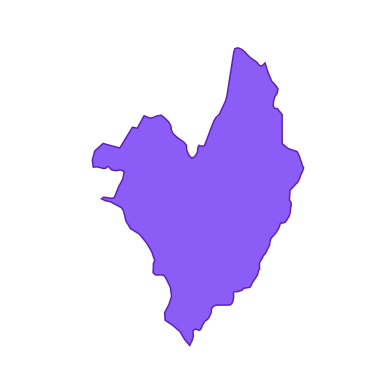 outline of Iringa, rotated 102°
{"feature_id": "TZA-3386", "entity_name": "Iringa", "entity_type": "Region", "adm_level": 1, "iso_a3": "TZA", "parent_name": "United Republic of Tanzania", "parent_adm1": "", "projection": "albers", "projection_center": [35.62, -7.961], "detail": "fine", "context": "isolated", "style": "filled", "palette": "violet", "viewbox_px": 384, "rotation_deg": 102, "n_neighbors": 0, "source": "natural_earth", "source_scale": "10m", "svg_char_len": 2498}
<svg xmlns="http://www.w3.org/2000/svg" viewBox="0 0 384 384"><g transform="rotate(102 192 192)"><path d="M295.4,134.6L297.5,144.4L299.2,147.3L302.0,148.6L303.3,148.5L305.5,148.1L306.7,148.3L311.1,149.3L313.1,150.2L314.8,151.6L315.7,152.7L316.1,152.9L318.3,153.4L320.3,154.2L322.7,154.5L324.2,154.9L324.9,155.2L325.4,155.6L325.7,156.0L325.8,156.3L325.4,159.4L325.6,160.4L326.3,161.3L328.1,162.1L329.6,161.8L330.9,161.2L332.2,160.7L333.0,160.7L337.8,161.1L339.3,161.8L339.6,161.8L340.6,161.8L342.6,162.3L337.8,168.5L330.9,174.9L326.5,183.0L323.0,191.6L315.7,193.7L307.2,191.2L298.2,190.3L289.7,193.4L282.7,198.8L279.6,201.7L279.5,202.7L279.4,204.0L279.6,205.6L280.1,207.2L280.7,210.5L279.0,213.3L273.4,214.2L270.3,214.9L266.8,214.2L258.3,219.3L250.9,226.3L244.2,234.6L240.6,244.6L233.8,250.8L224.9,254.9L222.0,257.7L218.5,270.0L218.6,274.7L217.5,279.1L215.4,277.3L214.9,269.1L213.4,266.8L202.4,264.9L193.6,262.4L185.9,262.7L185.4,266.9L187.0,270.9L187.1,275.2L184.7,278.8L184.8,280.3L186.5,281.1L187.4,283.1L187.1,290.0L188.2,293.8L181.2,296.2L172.1,295.6L163.0,289.1L164.0,271.8L141.0,263.7L141.0,258.8L127.4,254.7L128.5,248.3L126.9,245.0L124.8,242.0L123.3,238.0L125.3,234.0L128.0,229.8L131.5,226.5L135.6,225.1L139.0,222.5L141.5,218.2L145.0,210.2L147.3,207.3L152.6,205.7L156.8,202.4L159.1,199.2L156.5,196.5L152.1,195.0L147.5,195.4L144.9,194.9L145.2,192.4L144.3,189.5L118.2,185.4L114.1,184.0L110.5,181.5L96.3,178.2L91.3,177.8L46.5,180.2L42.8,179.8L41.4,176.9L42.2,173.0L44.0,169.4L46.6,165.9L48.8,162.1L51.4,155.8L53.3,153.5L54.7,150.8L53.1,149.0L50.6,147.4L59.0,142.6L67.0,137.1L69.9,132.9L73.2,129.3L77.7,129.3L82.0,130.9L86.5,131.1L91.0,130.4L92.9,128.8L92.7,125.8L97.6,119.9L125.9,113.9L129.5,107.0L130.6,97.6L134.2,94.7L138.3,92.4L139.9,91.1L141.8,90.4L143.6,89.3L145.1,87.8L148.8,88.2L152.8,89.2L156.8,89.6L160.6,90.8L170.0,96.5L179.7,95.0L181.7,92.9L184.5,92.2L187.7,92.2L191.0,91.6L195.6,92.0L200.1,93.6L202.3,94.7L203.5,96.7L203.5,98.2L204.9,99.1L209.5,99.6L214.2,101.3L221.0,105.1L224.5,105.4L227.6,105.1L236.0,107.2L237.0,107.5L238.7,108.6L240.2,109.2L241.9,109.5L245.7,110.9L247.7,111.2L253.3,109.9L254.7,110.3L255.4,110.7L256.5,110.7L258.6,110.6L259.9,110.8L268.7,114.3L270.5,114.6L272.8,115.3L273.9,117.1L274.6,119.3L275.5,121.3L275.9,121.7L277.4,122.6L278.1,123.3L279.3,125.6L279.8,126.3L280.2,127.1L280.4,129.0L280.8,129.7L282.0,130.4L283.3,130.2L285.9,129.4L290.3,129.3L292.6,129.8L294.3,130.9L294.9,132.3L295.4,134.6Z" fill="#8b5cf6" stroke="#5b21b6" stroke-width="1.5"/></g></svg>